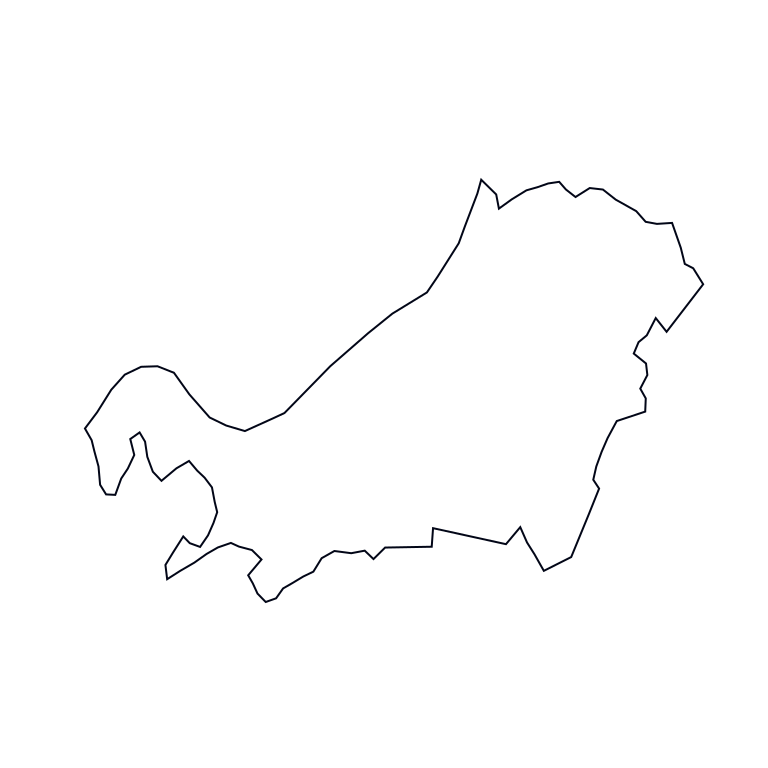 Porto Vera Cruz, Rio Grande do Sul, Brazil (Equal Earth projection), rotated 20°
{"feature_id": "56859067B57284725629844", "entity_name": "Porto Vera Cruz", "entity_type": "district", "adm_level": 2, "iso_a3": "BRA", "parent_name": "Brazil", "parent_adm1": "Rio Grande do Sul", "projection": "equal_earth", "projection_center": [-54.911, -27.755], "detail": "fine", "context": "isolated", "style": "outline", "palette": "ink", "viewbox_px": 768, "rotation_deg": 20, "n_neighbors": 0, "source": "geoboundaries", "source_scale": "gbopen_adm2", "svg_char_len": 1629}
<svg xmlns="http://www.w3.org/2000/svg" viewBox="0 0 768 768"><g transform="rotate(20 384 384)"><path d="M405.5,158.8L406.6,173.1L406.1,208.0L406.1,226.2L397.7,264.7L393.0,283.3L367.8,315.0L351.7,341.7L327.4,385.7L321.8,398.1L300.4,445.3L291.7,454.0L269.4,475.8L249.9,477.0L231.6,475.1L204.6,460.3L182.8,445.3L165.1,444.8L149.9,450.9L137.2,463.9L129.7,482.6L124.1,508.7L118.2,528.1L128.5,536.8L135.0,546.5L143.9,559.1L151.7,575.8L160.6,582.8L169.4,580.1L169.4,562.7L172.2,551.1L173.6,536.1L164.4,522.5L170.9,513.1L179.2,519.9L186.5,533.4L196.8,545.5L208.0,551.1L217.8,534.2L227.1,523.0L238.1,529.3L247.5,533.4L257.7,540.0L265.3,552.8L271.1,561.5L271.3,572.9L270.4,586.4L266.9,600.0L255.9,600.0L247.5,595.9L243.4,614.5L240.5,628.8L247.0,641.6L256.4,629.3L266.9,616.7L275.4,604.4L283.8,594.4L294.5,585.7L303.3,586.4L316.7,585.2L328.9,590.8L321.8,610.2L328.9,616.2L336.8,624.2L347.4,629.3L355.9,622.3L359.1,610.6L366.0,602.4L374.0,592.5L381.8,584.5L385.0,569.0L394.5,557.9L411.1,554.2L422.9,547.2L434.0,552.1L441.0,537.3L484.5,520.6L479.4,502.7L553.4,492.8L561.0,471.9L572.6,484.0L583.6,492.5L598.1,504.9L619.1,482.6L621.0,436.6L621.9,408.7L613.4,402.4L611.7,388.9L611.7,373.4L612.6,358.4L615.4,339.2L638.9,320.6L634.9,308.0L626.4,300.7L628.4,285.5L623.2,275.1L608.3,270.0L608.9,257.6L614.3,248.4L616.8,229.1L631.7,238.3L649.8,181.1L635.0,169.5L625.6,168.3L616.3,154.5L599.6,134.1L585.7,140.2L574.4,142.1L561.9,135.3L538.7,131.5L523.2,126.4L510.3,129.5L500.0,142.8L488.4,139.0L479.5,134.1L469.7,139.4L461.0,146.5L451.6,153.3L440.9,166.8L432.0,179.9L424.6,167.5L405.5,158.8Z" fill="none" stroke="#020617" stroke-width="2"/></g></svg>